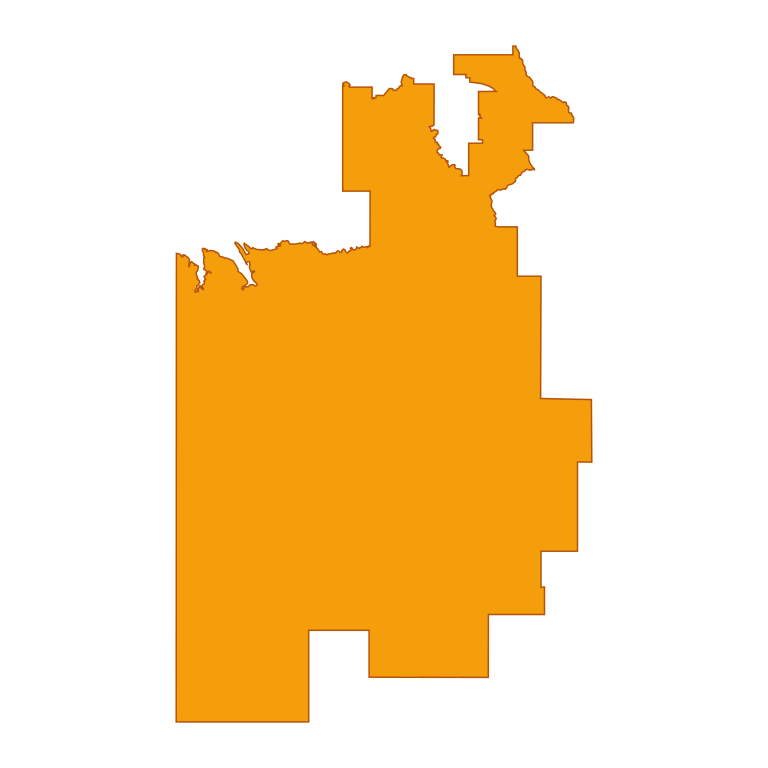 Victoria Daly, Northern Territory, Australia
{"feature_id": "25037944B16072859725230", "entity_name": "Victoria Daly", "entity_type": "district", "adm_level": 2, "iso_a3": "AUS", "parent_name": "Australia", "parent_adm1": "Northern Territory", "projection": "mercator", "projection_center": [130.631, -15.929], "detail": "fine", "context": "isolated", "style": "filled", "palette": "amber", "viewbox_px": 768, "rotation_deg": 0, "n_neighbors": 0, "source": "geoboundaries", "source_scale": "gbopen_adm2", "svg_char_len": 6031}
<svg xmlns="http://www.w3.org/2000/svg" viewBox="0 0 768 768"><path d="M176.2,721.9L308.7,721.9L308.7,630.3L369.1,630.3L369.1,677.2L488.3,677.4L488.4,614.5L544.5,614.5L544.5,587.1L541.0,587.1L541.0,551.2L577.5,551.2L577.5,462.0L591.8,462.1L591.4,399.6L540.6,398.5L541.0,276.2L517.3,276.2L517.3,226.9L498.0,226.9L495.2,226.1L495.4,223.2L494.8,221.5L496.3,218.4L494.1,215.4L495.6,214.4L495.6,213.6L494.6,211.7L493.4,210.9L493.0,209.4L491.6,207.5L491.2,205.1L492.0,201.1L489.9,196.3L490.3,196.0L490.0,195.0L491.7,194.7L492.3,193.4L493.4,193.6L494.2,192.3L496.2,191.2L497.2,190.0L498.7,189.7L500.8,190.1L503.5,188.7L505.2,189.3L506.5,188.0L507.7,185.3L512.1,184.0L514.7,181.9L515.5,181.0L515.7,178.3L517.0,177.8L518.6,175.6L520.5,175.2L522.1,172.4L525.1,170.6L525.5,169.7L527.4,169.3L529.5,170.1L531.7,170.0L533.2,168.7L534.6,170.3L534.1,168.5L532.4,167.1L529.8,162.8L528.7,159.5L528.7,156.1L523.7,150.2L532.6,150.2L532.6,122.8L573.2,122.8L573.6,121.3L573.7,117.7L573.3,116.8L572.1,116.0L572.2,115.0L571.5,114.5L571.3,113.2L569.2,112.7L568.6,112.2L568.5,109.4L568.9,108.8L568.5,107.9L568.6,106.6L566.6,105.3L566.2,102.5L564.3,101.9L564.0,102.5L563.3,102.6L559.1,99.6L557.2,99.2L556.6,98.0L555.6,97.9L554.6,97.2L552.4,96.7L550.9,97.9L548.9,96.9L546.2,97.8L545.2,96.7L544.7,95.0L543.5,94.7L542.6,93.4L540.5,92.2L538.1,89.8L535.9,88.8L534.9,86.9L533.1,86.1L532.7,84.9L532.9,82.6L532.3,80.9L529.4,77.1L527.9,76.7L525.9,74.7L526.3,72.9L524.8,68.7L525.0,67.0L522.8,64.1L522.5,59.9L521.5,59.5L521.2,58.6L519.4,58.0L519.2,52.8L518.2,50.6L516.8,49.2L515.8,46.1L512.9,46.1L512.9,54.8L453.7,54.8L453.7,74.5L465.9,74.5L465.9,77.8L469.8,77.8L469.8,82.0L481.9,83.7L489.0,86.1L492.8,88.2L494.2,89.4L494.2,89.9L496.1,91.4L478.5,91.5L478.5,114.5L480.0,114.4L480.0,115.4L479.5,115.8L481.3,118.2L478.5,118.0L478.5,139.7L482.5,139.7L482.6,143.2L468.7,143.2L468.7,175.6L461.3,175.7L462.0,174.3L462.1,171.3L461.7,170.6L460.9,169.4L460.1,169.5L459.2,168.7L456.3,168.8L455.5,168.3L454.5,166.5L455.1,165.3L454.6,164.7L452.6,164.7L450.5,165.8L449.2,167.2L448.8,167.1L447.7,163.3L447.9,160.9L447.1,160.8L446.6,161.8L446.2,161.8L445.4,159.2L443.3,158.0L441.8,158.1L441.3,157.7L441.2,156.8L442.1,155.4L442.0,154.8L439.3,154.9L438.5,153.1L436.8,152.1L437.8,149.1L440.1,148.4L440.7,147.1L438.9,145.8L438.6,144.2L437.3,143.9L437.2,142.3L435.2,142.1L435.1,139.5L433.8,138.8L433.5,138.1L433.9,137.4L435.7,136.7L436.5,134.6L438.0,133.5L437.8,130.6L437.3,130.2L435.4,130.3L434.1,129.4L431.8,131.2L431.2,131.1L430.6,128.4L428.8,126.3L429.7,126.8L430.9,126.2L431.7,126.4L434.0,125.1L434.1,84.0L413.7,84.0L413.7,78.4L411.4,78.5L410.9,77.5L409.8,77.7L406.7,75.6L406.2,74.7L404.2,74.6L402.8,76.3L401.2,82.0L402.1,85.8L400.7,85.6L399.3,86.8L398.8,88.0L397.1,89.0L396.9,90.0L393.8,90.5L392.3,88.6L389.4,88.5L383.6,95.5L376.1,95.4L376.1,97.6L373.8,97.7L373.8,98.7L372.1,98.7L372.1,87.1L349.9,87.2L349.0,86.3L350.0,85.6L350.1,85.0L348.9,83.4L346.1,81.9L343.2,82.8L343.0,83.6L344.2,85.8L343.8,86.0L342.7,85.4L342.7,191.1L370.1,191.1L370.0,246.2L369.0,245.9L367.7,247.5L367.3,246.5L363.9,247.3L362.0,246.3L361.6,247.1L360.0,247.6L359.0,248.5L356.8,247.0L355.8,249.6L353.3,250.0L352.0,248.0L351.0,247.6L350.3,248.4L351.0,249.3L350.7,250.6L349.0,251.0L348.2,252.5L347.4,253.0L346.1,252.2L344.8,249.7L343.3,249.1L341.9,250.4L341.5,252.3L340.0,252.4L338.6,250.8L338.2,250.8L336.5,251.8L335.6,253.2L332.4,253.0L330.9,253.9L328.3,253.9L327.0,254.8L325.9,254.1L323.0,254.0L321.4,251.6L319.6,251.8L318.0,249.2L316.8,248.3L316.4,247.0L315.3,246.9L314.5,246.0L316.2,245.5L316.1,243.8L314.5,242.5L314.9,243.6L313.6,245.2L312.6,245.2L312.1,243.5L313.3,242.7L312.5,242.1L310.3,242.1L308.9,243.2L307.5,242.7L306.4,242.9L305.0,241.5L302.1,243.6L301.0,243.6L300.1,243.1L295.3,244.1L290.4,244.1L289.1,243.4L288.4,241.3L287.7,240.8L286.7,240.6L284.9,241.4L282.7,240.8L280.3,243.5L278.1,243.7L278.2,244.8L279.6,244.4L280.7,245.2L280.2,246.0L279.2,245.9L276.0,247.1L276.9,248.6L276.5,248.8L270.6,250.6L267.0,249.4L266.8,248.6L263.9,249.6L264.0,249.9L257.0,249.5L252.7,247.7L252.2,247.9L252.1,248.6L250.7,248.9L249.0,246.7L244.3,243.3L243.9,244.4L245.3,248.3L246.9,250.4L248.4,251.3L249.1,252.8L249.1,253.5L246.0,254.6L242.7,248.5L238.9,244.1L235.9,242.2L235.3,242.2L235.0,242.8L235.2,243.9L238.8,248.9L239.5,250.4L239.5,252.0L240.8,253.1L245.1,260.9L246.2,263.9L246.9,264.3L246.5,262.7L248.0,261.6L249.3,261.7L249.7,262.2L249.9,264.5L249.4,267.7L251.0,271.7L251.6,272.1L253.6,270.8L254.5,271.6L254.2,272.1L253.5,271.9L252.7,272.9L251.7,273.1L251.9,277.6L253.4,280.4L257.1,284.0L257.0,285.4L255.3,286.1L253.7,285.0L251.5,284.6L250.1,284.8L248.3,286.7L244.8,286.8L243.5,288.6L243.4,289.6L242.7,289.9L241.9,288.8L242.3,286.9L242.7,286.3L243.6,286.3L245.3,285.3L247.2,283.7L247.6,282.5L247.4,281.1L241.8,273.9L238.1,271.4L237.8,268.6L233.1,260.8L227.5,258.4L224.5,257.9L224.4,258.8L224.3,257.9L222.5,256.9L221.1,256.8L219.5,256.1L218.7,254.0L217.5,252.5L215.7,252.4L215.7,251.9L213.6,250.8L210.4,250.5L206.5,251.5L207.2,249.7L205.0,249.1L204.6,250.0L204.9,248.6L203.1,248.3L202.3,249.1L202.3,250.3L203.2,252.0L203.6,255.3L204.7,257.0L203.9,257.5L203.8,258.7L203.7,262.7L204.7,266.3L203.7,269.0L204.1,269.6L205.8,270.3L207.5,272.0L209.4,271.2L210.8,272.9L211.8,272.4L210.8,273.1L209.0,271.5L207.1,273.3L206.4,275.5L206.5,273.8L207.1,272.6L206.4,272.1L205.9,274.8L204.1,276.2L204.4,277.4L205.6,279.1L205.2,279.2L205.4,279.6L203.9,281.2L204.4,281.4L204.3,283.7L203.0,284.4L201.6,286.7L203.0,287.7L203.5,289.4L202.8,289.6L200.5,287.4L199.3,287.4L200.2,285.9L199.7,285.9L198.2,289.2L198.3,291.1L197.5,290.3L196.4,291.9L194.9,292.1L194.8,290.5L196.8,288.5L196.8,286.0L198.1,285.3L199.1,283.3L199.8,282.9L199.2,280.5L198.4,280.1L198.1,279.1L197.1,278.8L197.5,277.3L196.2,274.2L196.2,272.3L197.4,271.0L198.5,266.4L194.9,264.2L194.7,265.4L194.3,265.9L194.7,264.2L191.6,261.7L190.7,262.2L189.3,265.1L189.5,266.4L189.0,266.6L188.7,265.2L189.5,259.9L188.1,257.6L184.0,254.7L182.6,255.2L182.9,256.7L181.4,256.7L181.4,256.0L179.9,254.1L176.4,253.3L176.2,721.9Z" fill="#f59e0b" stroke="#b45309" stroke-width="1.5"/></svg>